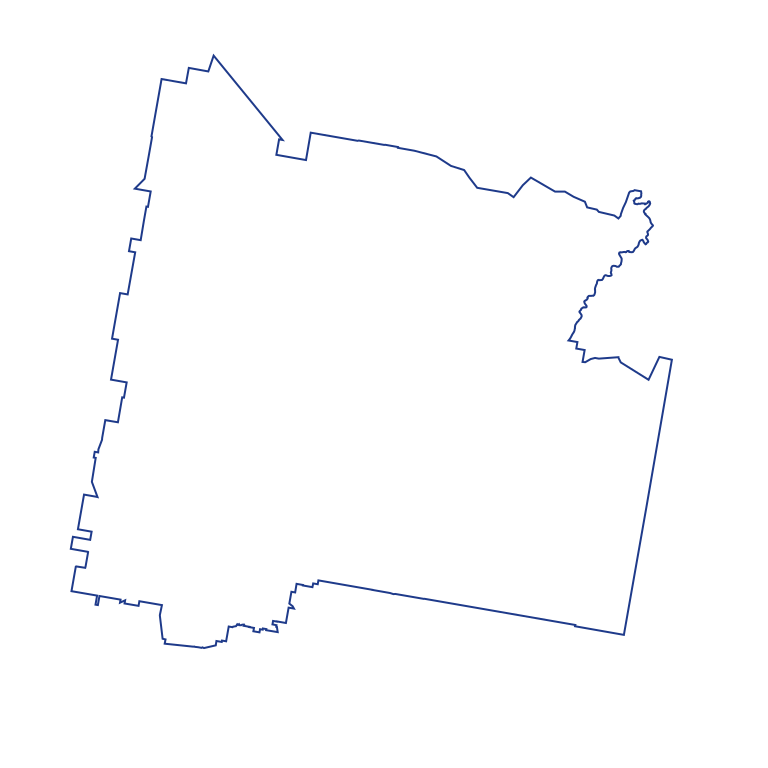 outline of Gnowangerup, Western Australia, Australia, rotated 280°
{"feature_id": "25037944B50241547651602", "entity_name": "Gnowangerup", "entity_type": "district", "adm_level": 2, "iso_a3": "AUS", "parent_name": "Australia", "parent_adm1": "Western Australia", "projection": "equal_earth", "projection_center": [118.388, -34.087], "detail": "fine", "context": "isolated", "style": "outline", "palette": "blue", "viewbox_px": 768, "rotation_deg": 280, "n_neighbors": 0, "source": "geoboundaries", "source_scale": "gbopen_adm2", "svg_char_len": 6082}
<svg xmlns="http://www.w3.org/2000/svg" viewBox="0 0 768 768"><g transform="rotate(280 384 384)"><path d="M618.4,603.7L618.4,597.1L617.5,596.2L616.4,593.1L615.1,592.2L605.1,590.6L598.9,588.9L592.4,587.8L590.7,587.9L587.7,586.1L589.9,581.6L590.8,565.7L592.7,563.3L593.2,553.4L598.4,550.2L601.3,538.2L604.9,528.7L603.2,519.0L612.8,492.8L603.9,486.2L590.5,479.2L593.5,472.8L593.4,441.7L601.9,432.4L608.6,425.8L610.4,412.1L617.2,396.1L619.0,373.3L619.0,356.7L619.8,356.7L619.8,343.9L619.5,342.4L619.4,316.9L618.9,315.8L618.9,310.5L618.8,268.2L591.0,268.3L591.0,238.2L606.7,238.2L606.7,241.7L677.8,159.2L661.3,156.7L661.4,136.9L645.7,136.8L645.7,112.0L587.4,112.0L586.9,112.7L568.3,112.7L544.5,112.6L533.1,104.7L533.1,120.8L517.5,120.8L517.5,119.2L503.2,119.2L483.4,119.4L483.4,109.8L470.5,109.8L470.5,110.5L470.5,116.1L427.7,116.0L427.7,108.3L381.4,108.3L381.4,114.4L340.9,114.4L340.9,130.3L325.4,130.3L325.4,128.5L300.1,128.6L300.0,115.8L282.1,115.8L280.1,116.0L270.1,114.1L267.0,114.4L267.0,110.9L261.2,110.9L261.2,112.9L236.9,113.3L222.9,121.5L223.0,119.8L223.0,107.8L187.8,107.8L187.8,121.7L179.5,121.7L179.5,104.2L167.3,104.2L167.3,121.7L167.2,121.8L152.4,121.8L151.1,121.7L150.9,112.5L150.6,112.2L125.7,112.2L125.8,138.2L116.6,138.2L116.6,140.6L125.8,140.6L125.9,162.0L122.8,162.0L123.0,162.3L123.3,162.4L123.5,163.0L126.0,166.6L122.8,166.6L122.9,180.8L127.6,180.8L127.7,203.7L118.3,203.4L117.4,203.4L116.6,203.6L94.7,210.2L94.5,213.2L90.2,213.1L90.2,213.5L92.2,241.8L92.5,242.7L92.3,243.4L92.5,246.6L92.5,250.2L93.1,250.9L92.7,252.6L97.4,263.7L101.8,263.6L101.8,269.0L103.2,269.0L103.2,273.2L118.2,273.2L118.2,277.1L118.8,277.5L119.8,280.3L121.9,281.2L121.4,282.1L122.3,282.9L121.4,283.6L121.6,285.1L122.4,286.2L122.5,287.4L122.8,287.8L121.9,288.7L121.5,288.4L121.5,293.6L121.2,293.5L121.2,298.3L117.8,298.3L117.8,304.5L121.0,304.5L121.0,307.2L122.2,307.2L122.2,310.7L121.1,310.7L121.2,322.4L126.2,320.7L126.2,320.0L127.8,320.0L127.9,315.9L131.4,315.9L131.4,318.8L131.5,318.7L131.6,319.1L131.6,328.9L147.2,328.9L147.2,334.3L149.3,332.6L151.3,328.9L163.3,328.9L163.3,332.7L172.0,332.6L172.0,339.1L171.5,339.1L171.5,348.8L175.3,348.9L175.3,353.5L179.2,353.5L179.3,403.9L179.3,404.3L179.3,408.3L179.2,408.3L179.2,426.3L178.7,429.8L179.2,431.6L179.3,460.3L179.5,461.3L179.7,534.4L179.9,614.3L178.6,614.2L178.6,663.8L188.3,663.8L307.9,663.8L457.9,663.3L458.5,650.5L434.1,643.8L446.4,613.4L450.6,610.3L451.1,610.2L446.3,591.2L446.3,588.8L446.3,587.3L444.5,583.3L440.4,578.4L440.2,575.7L452.3,575.7L452.3,567.2L458.9,567.2L458.9,558.2L460.9,559.3L461.1,559.3L461.6,559.6L464.0,560.4L464.3,560.4L464.9,560.7L465.3,560.7L466.1,561.1L466.8,561.4L467.0,561.4L467.6,561.8L467.8,561.8L468.2,561.9L468.3,562.0L468.6,562.0L469.1,562.2L469.6,562.3L469.9,562.3L470.8,562.3L471.6,562.3L471.9,562.4L472.4,562.4L472.8,562.2L473.0,562.2L473.5,562.1L474.0,562.2L475.1,562.1L475.6,562.3L476.9,562.8L477.2,562.9L477.5,563.1L478.2,563.3L478.3,563.4L478.5,563.4L478.6,563.5L478.9,563.8L479.1,563.9L479.2,564.1L479.3,564.2L480.0,564.6L480.5,564.8L480.8,564.8L481.9,565.6L482.4,566.1L483.2,566.4L483.3,566.4L483.6,566.6L485.2,566.9L486.3,566.5L486.5,566.4L486.7,566.1L487.2,565.7L487.6,565.3L487.9,565.0L488.1,564.7L488.5,564.5L488.6,564.2L489.0,563.9L489.5,564.0L489.8,564.1L490.5,564.6L491.0,565.0L491.3,565.1L491.7,565.2L491.9,565.1L492.2,565.3L492.6,565.4L492.8,565.7L493.1,565.9L493.4,566.2L493.8,566.6L494.1,567.1L494.0,567.3L494.2,567.6L494.3,568.1L494.2,568.3L494.3,568.6L494.3,568.9L494.4,569.2L494.5,569.3L494.5,569.6L494.7,569.9L495.0,570.1L495.5,570.1L496.3,569.8L496.5,569.5L497.2,568.8L497.3,568.7L497.9,568.0L498.4,567.7L498.7,567.4L499.6,567.0L500.0,566.9L500.7,567.2L500.8,567.5L501.1,567.7L501.5,568.3L502.1,568.7L502.2,569.0L502.5,569.1L503.0,569.5L503.9,569.7L504.0,569.5L504.5,569.3L505.4,569.7L505.9,570.1L506.2,570.3L506.4,570.6L506.5,571.1L506.6,571.6L506.7,572.4L507.1,573.9L507.4,574.6L507.3,574.8L508.0,575.5L508.5,575.7L510.1,575.9L510.8,576.0L511.5,575.9L512.9,575.6L513.3,575.4L513.5,575.5L514.4,575.2L515.2,575.2L515.6,575.3L516.2,575.3L516.9,575.5L518.1,575.6L518.8,575.9L520.0,576.2L521.2,576.1L522.4,576.2L523.4,576.6L523.8,577.4L523.6,577.6L523.7,578.4L524.3,580.6L525.5,581.3L527.8,581.9L528.6,582.2L529.2,582.6L529.6,583.3L529.6,584.0L529.3,585.3L529.3,586.1L529.5,587.4L530.1,588.7L530.7,589.2L531.9,588.8L532.3,588.4L533.2,588.0L534.4,588.2L535.8,588.2L536.8,587.8L537.8,587.7L538.7,587.9L539.6,588.3L539.9,588.7L540.3,589.6L540.4,591.6L539.9,593.0L540.2,594.5L540.6,595.1L541.4,595.3L542.1,596.0L543.3,596.6L543.9,596.4L545.6,596.6L547.5,596.5L548.9,596.2L551.7,593.8L552.7,593.0L553.4,592.8L554.3,593.0L554.8,593.8L554.6,594.3L555.0,595.3L555.2,596.1L555.5,596.7L555.9,598.3L555.7,599.0L556.0,599.7L556.7,600.0L557.3,600.9L557.5,601.9L556.8,602.2L556.6,602.8L556.8,605.1L557.2,606.2L558.7,607.0L560.3,607.4L561.4,608.0L561.8,608.4L563.0,609.7L564.4,610.3L566.1,610.6L566.6,610.5L567.3,610.6L568.5,610.9L569.6,611.4L570.0,611.9L570.7,612.9L570.9,613.5L569.5,614.8L568.6,615.3L567.0,617.3L567.3,617.8L568.9,618.5L569.3,619.2L570.0,619.5L570.4,619.2L571.3,618.9L572.3,617.9L572.8,617.2L573.4,616.7L574.8,616.7L576.3,618.0L577.3,618.0L578.2,617.6L579.2,617.0L579.9,616.9L580.5,617.4L581.5,618.1L582.2,618.6L583.1,619.2L584.3,619.8L585.2,620.5L586.2,621.2L586.9,621.3L588.1,619.8L588.9,619.0L589.8,618.4L590.5,618.2L590.9,618.0L591.8,617.6L592.6,617.1L593.4,616.4L594.0,615.6L594.8,614.4L595.6,613.1L596.5,611.8L596.9,612.0L597.7,610.8L598.7,610.0L599.6,609.9L600.6,610.2L601.3,610.7L601.7,611.3L603.0,612.0L604.9,613.7L606.6,614.5L607.9,614.8L608.9,614.4L609.7,614.0L610.0,613.2L609.4,612.4L608.8,612.6L608.2,612.2L607.2,611.0L606.5,610.3L606.4,609.8L607.0,609.6L606.7,606.9L606.5,606.0L606.1,605.4L605.8,604.3L605.8,603.2L605.3,602.8L605.0,602.2L605.0,601.2L605.0,600.0L605.3,599.2L606.7,598.9L607.2,598.5L608.0,598.1L608.7,598.9L609.5,599.5L610.0,599.4L610.8,600.1L610.8,601.3L611.1,602.3L611.4,602.7L611.4,602.9L612.0,603.9L612.4,604.0L613.0,604.6L614.3,604.6L615.6,604.3L616.3,604.4L617.5,604.0L618.4,603.7Z" fill="none" stroke="#1e3a8a" stroke-width="2"/></g></svg>